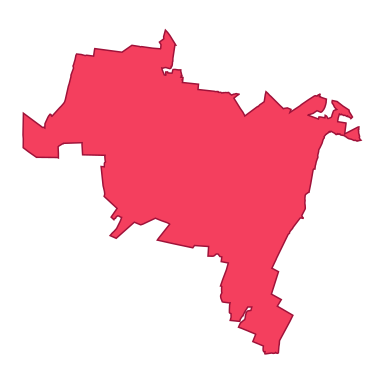 outline of Casimcea, Constanta, Romania
{"feature_id": "2599482B44303856629516", "entity_name": "Casimcea", "entity_type": "district", "adm_level": 2, "iso_a3": "ROU", "parent_name": "Romania", "parent_adm1": "Constanta", "projection": "albers", "projection_center": [28.387, 44.73], "detail": "fine", "context": "isolated", "style": "filled", "palette": "rose", "viewbox_px": 384, "rotation_deg": 0, "n_neighbors": 0, "source": "geoboundaries", "source_scale": "gbopen_adm2", "svg_char_len": 5914}
<svg xmlns="http://www.w3.org/2000/svg" viewBox="0 0 384 384"><path d="M157.3,240.1L171.6,243.3L192.8,247.8L194.5,245.5L208.6,246.5L208.0,256.1L213.1,256.2L214.5,255.6L215.7,254.4L216.4,254.0L217.8,254.0L218.3,254.3L219.9,256.5L221.8,256.9L221.2,261.6L228.3,263.0L226.4,269.8L222.8,279.3L220.5,286.0L221.2,286.1L221.7,286.5L221.8,286.7L221.6,287.9L221.6,291.3L221.7,292.3L221.9,292.7L220.7,295.2L220.6,296.4L220.9,298.2L222.3,301.8L223.2,302.1L229.2,302.9L230.1,302.8L229.6,305.1L229.4,309.8L229.4,312.5L229.7,313.0L231.0,313.6L231.1,317.2L230.2,320.4L239.7,321.4L240.3,319.3L240.6,318.7L242.6,315.8L243.1,315.7L243.1,315.2L245.3,310.9L247.8,307.0L251.8,307.0L250.9,310.4L247.6,311.0L246.3,312.4L245.4,315.8L245.3,317.4L244.9,319.1L244.6,319.8L243.8,320.2L240.6,322.9L239.8,324.2L238.5,327.2L241.0,328.1L255.6,334.1L255.7,334.3L252.8,341.6L263.4,346.0L263.1,348.1L263.1,350.1L263.5,351.3L263.9,351.8L265.0,351.7L264.8,353.1L264.9,353.8L265.7,353.9L271.7,353.0L273.2,353.4L275.1,353.1L275.5,352.5L276.7,353.2L277.7,353.3L278.4,352.8L278.9,346.5L279.3,343.9L279.5,340.9L279.6,340.5L290.0,321.2L292.9,315.3L277.3,306.2L281.3,299.6L271.4,294.1L278.5,271.7L272.3,268.4L271.9,268.2L272.0,268.0L276.0,259.6L276.6,258.1L288.2,234.3L289.3,233.4L289.6,232.9L289.6,232.0L291.0,230.2L292.6,228.4L292.9,227.6L293.7,226.5L300.1,218.1L300.3,218.0L301.4,218.0L303.0,218.4L303.2,218.2L303.2,217.8L302.6,217.2L301.8,215.9L302.1,214.9L305.1,209.1L305.3,208.2L305.1,204.9L304.9,204.0L304.9,201.9L305.1,200.8L304.9,198.5L305.2,195.2L305.9,194.2L308.2,192.5L309.0,192.3L310.7,183.8L313.1,170.0L313.6,169.0L314.9,169.1L315.3,165.7L315.7,164.5L316.2,161.9L317.3,158.7L317.8,157.8L317.9,156.9L317.7,155.4L318.6,151.8L318.8,149.8L320.1,147.4L322.0,143.4L323.1,139.7L323.6,138.7L324.2,138.0L324.3,137.3L324.1,136.7L324.4,136.3L325.4,135.1L325.7,134.5L326.3,134.3L326.6,133.8L327.0,133.7L327.9,133.1L328.1,132.7L328.6,132.6L329.0,131.7L329.6,131.5L329.8,132.1L330.0,132.1L330.4,131.9L330.6,131.5L331.1,131.3L334.7,133.3L336.1,134.6L336.3,134.6L337.0,134.0L337.4,134.2L337.6,133.8L338.0,134.1L338.6,133.9L338.8,134.2L339.7,133.9L339.9,134.4L340.3,134.4L340.4,134.7L340.8,135.0L343.6,135.5L344.9,136.0L345.2,136.5L345.8,136.6L346.3,137.1L346.7,137.2L347.3,137.9L348.6,138.5L348.8,138.7L351.5,139.3L354.1,140.5L355.0,140.2L355.7,140.4L356.3,140.9L356.9,140.7L357.2,141.0L357.4,140.8L358.1,140.9L358.9,140.6L360.7,140.3L361.0,140.2L360.8,140.0L360.2,139.8L359.3,137.4L359.6,136.4L358.6,132.8L358.7,131.9L358.4,130.0L358.6,129.4L358.8,129.4L358.8,129.1L358.6,129.0L358.8,128.8L358.9,126.9L358.1,127.0L344.7,133.9L346.0,123.8L346.0,123.0L337.7,121.7L337.7,120.5L338.0,119.5L338.1,118.3L339.4,114.0L340.8,114.8L341.2,114.7L341.5,114.3L343.8,115.5L344.5,115.3L345.5,115.5L346.5,116.3L347.1,116.4L347.6,116.0L347.9,116.7L348.8,116.9L350.0,117.6L350.7,118.1L350.9,118.6L351.3,118.3L352.5,117.0L349.3,111.7L349.0,110.0L343.0,106.1L337.1,101.5L332.3,100.5L332.0,102.0L332.2,103.1L333.4,104.8L334.4,107.0L336.1,109.0L336.7,109.5L334.8,110.1L333.6,110.8L333.4,111.1L332.1,114.8L331.7,116.6L331.3,117.1L330.9,117.5L328.3,118.5L327.9,118.5L327.6,118.2L327.1,116.9L326.4,116.0L325.2,115.3L324.9,117.8L320.7,117.0L319.0,116.9L318.4,119.0L308.1,115.2L308.4,114.7L309.0,114.7L313.1,113.4L317.0,110.7L320.6,112.2L321.3,112.1L322.1,111.5L323.7,109.5L324.8,107.3L325.6,104.8L326.1,102.7L326.2,101.0L326.4,99.1L321.0,97.3L320.2,96.4L319.9,96.8L319.3,96.6L320.1,94.3L319.9,94.2L319.7,94.8L318.7,94.7L317.0,95.8L316.9,96.1L315.2,95.7L314.2,96.1L308.4,99.8L301.4,104.6L299.9,105.9L289.9,112.5L291.0,109.4L287.4,107.9L284.1,108.4L283.4,108.7L283.0,108.5L282.6,107.9L280.1,105.6L271.1,96.6L269.5,95.2L268.0,93.5L266.0,91.7L265.3,94.6L264.2,101.7L261.7,103.5L260.0,104.6L258.1,106.6L257.6,106.5L256.6,107.2L244.8,116.0L244.3,114.8L242.9,112.2L240.3,108.5L233.9,98.2L237.2,95.5L239.5,94.0L238.1,94.1L236.1,93.6L234.6,94.1L233.8,94.1L231.6,95.0L230.1,94.0L229.7,93.3L228.9,92.9L228.7,92.5L228.1,92.4L227.4,92.7L225.6,92.5L223.3,92.8L223.1,92.6L222.4,92.9L221.7,93.0L220.8,92.3L218.7,92.4L218.3,92.3L218.3,91.7L218.0,91.5L215.1,91.6L214.4,91.3L198.0,89.5L198.5,84.2L182.4,82.5L182.7,81.0L182.6,80.3L182.2,80.1L182.2,79.8L182.8,79.8L183.0,77.5L181.0,77.2L182.0,76.0L182.0,75.8L181.3,75.7L181.7,74.9L180.8,71.3L180.8,69.9L178.2,69.9L175.0,69.4L173.2,69.5L172.8,69.9L172.3,72.4L171.9,73.2L167.8,72.9L167.7,72.8L167.7,72.1L167.6,71.9L165.7,72.0L165.6,73.3L165.8,73.7L165.9,74.6L165.7,75.2L164.3,74.9L162.2,69.8L161.8,68.0L162.9,68.2L163.8,67.8L165.8,67.5L169.9,68.7L171.1,67.9L171.2,66.5L171.6,66.6L172.0,65.9L172.3,64.5L172.5,61.9L172.8,61.3L172.9,58.3L174.9,45.1L175.8,45.1L170.0,35.7L167.6,32.4L165.4,30.1L163.6,36.7L163.8,38.8L159.4,42.1L161.0,44.6L160.7,48.5L160.5,48.8L152.8,48.2L141.5,46.6L140.6,46.9L139.5,46.5L131.9,45.3L122.0,52.2L94.8,48.6L94.5,49.9L93.6,56.1L86.6,55.2L85.2,55.6L81.3,54.5L76.6,54.0L75.9,55.4L75.1,59.5L73.9,63.5L73.9,63.9L73.0,66.0L73.4,67.4L73.5,68.2L71.0,75.0L70.9,76.9L69.2,83.7L68.4,86.1L65.3,99.8L64.6,101.9L63.7,103.3L61.4,106.0L59.6,107.8L51.9,116.3L51.5,116.0L51.0,114.6L50.1,114.2L48.7,115.9L47.9,117.3L45.0,123.6L44.8,128.0L44.5,127.8L44.6,127.2L43.8,127.2L42.8,127.5L42.4,127.3L23.4,113.2L23.0,135.0L23.3,138.8L23.2,147.7L28.7,151.9L36.3,157.2L36.4,157.3L56.3,157.5L57.8,157.6L58.4,157.9L58.4,153.2L58.1,146.8L59.0,145.9L63.3,143.4L63.5,143.6L63.8,143.3L82.1,142.7L82.0,144.3L82.6,154.8L105.0,155.3L104.8,156.4L105.1,160.1L105.5,161.9L104.8,162.4L104.4,163.2L104.3,166.8L101.1,166.5L103.1,185.7L104.4,191.2L104.7,193.7L104.7,194.3L104.1,196.4L117.1,208.4L111.1,217.1L113.9,219.7L114.3,218.8L115.5,218.3L116.3,216.8L117.8,215.8L118.7,216.0L121.0,217.3L121.6,217.4L121.0,219.3L120.2,221.3L116.6,228.5L114.2,231.2L112.1,233.2L110.1,235.6L116.2,238.3L134.3,222.2L140.6,224.8L141.1,224.7L142.9,224.1L155.4,218.2L161.0,220.5L167.2,222.7L169.5,223.9L169.7,224.2L158.4,238.5L157.3,240.1Z" fill="#f43f5e" stroke="#9f1239" stroke-width="1.5"/></svg>